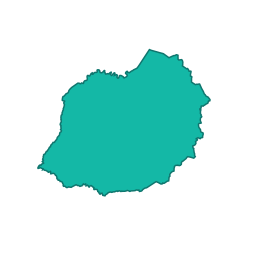 outline of Krong Pa, Gia Lai, Vietnam, rotated 219°
{"feature_id": "81297802B51008955299030", "entity_name": "Krong Pa", "entity_type": "district", "adm_level": 2, "iso_a3": "VNM", "parent_name": "Vietnam", "parent_adm1": "Gia Lai", "projection": "robinson", "projection_center": [108.704, 13.235], "detail": "fine", "context": "isolated", "style": "filled", "palette": "teal", "viewbox_px": 256, "rotation_deg": 219, "n_neighbors": 0, "source": "geoboundaries", "source_scale": "gbopen_adm2", "svg_char_len": 5753}
<svg xmlns="http://www.w3.org/2000/svg" viewBox="0 0 256 256"><g transform="rotate(219 128 128)"><path d="M57.7,148.1L58.9,148.5L60.0,149.9L61.1,150.5L63.9,153.1L64.0,153.5L65.1,153.5L66.4,154.8L66.3,155.1L65.8,155.7L65.6,156.5L65.3,157.2L65.5,158.6L65.7,159.0L67.0,160.0L66.6,161.9L66.6,162.5L67.5,162.9L67.8,162.8L68.2,162.5L68.3,162.6L67.5,164.5L65.2,165.1L65.1,166.3L64.1,167.5L64.2,167.9L64.9,168.6L65.5,170.2L66.3,171.2L66.7,171.4L68.4,170.9L69.2,170.9L70.6,172.3L71.4,172.6L73.1,173.0L73.9,173.5L75.5,175.1L75.7,175.6L75.6,176.3L74.4,177.6L74.3,178.0L76.3,179.2L76.9,179.7L78.0,181.6L78.0,182.0L77.7,182.7L78.0,183.4L79.2,183.7L79.6,184.4L80.6,184.7L81.2,185.1L81.7,186.1L82.2,186.5L82.8,188.0L83.0,188.0L83.2,187.5L83.6,187.4L84.2,188.2L83.8,189.6L84.8,190.8L84.9,191.1L84.0,192.0L83.4,192.2L83.2,193.3L82.8,194.1L82.6,195.2L81.6,197.5L82.4,199.6L82.2,199.9L81.6,200.4L81.5,200.7L82.2,201.7L85.2,202.4L87.6,201.9L88.8,202.4L90.2,202.5L92.5,203.8L95.8,205.1L99.9,207.2L100.3,207.1L101.2,205.9L102.2,205.2L102.6,204.5L103.0,204.1L107.5,203.6L109.9,206.6L110.5,207.9L111.2,208.0L112.0,207.6L112.3,207.8L113.2,209.0L114.4,211.4L114.8,211.7L115.0,211.7L116.2,210.6L117.6,211.3L119.1,211.7L119.4,211.1L119.7,210.9L124.8,210.5L125.2,211.5L125.9,212.3L126.5,213.3L127.5,214.2L128.3,214.7L129.3,214.9L131.2,212.9L132.1,212.9L132.3,212.9L134.0,214.8L134.9,216.0L136.2,215.6L136.6,215.2L136.8,214.8L136.9,214.1L137.9,213.2L138.6,212.0L140.4,208.4L147.2,208.0L158.8,203.0L160.7,202.4L158.9,184.5L158.7,182.1L158.7,179.9L160.3,176.6L160.5,175.4L161.1,174.5L161.8,171.7L162.3,171.7L163.1,170.9L163.9,171.5L164.4,171.5L164.7,170.4L164.7,169.6L164.1,168.8L162.5,168.9L161.6,168.2L161.4,167.2L161.6,166.4L162.3,165.2L162.4,164.7L163.1,164.3L163.8,164.8L164.6,164.8L166.5,164.4L167.3,163.8L167.5,163.3L166.8,161.1L167.2,160.4L167.8,160.3L168.3,160.4L168.8,160.9L169.2,162.0L169.7,162.3L170.3,162.4L170.6,162.1L171.7,160.2L172.0,160.8L172.4,162.1L172.7,162.4L173.2,162.4L173.5,162.0L173.7,159.9L173.6,158.7L173.8,158.4L175.9,158.7L176.0,159.1L175.6,160.1L176.0,160.7L176.2,160.8L176.6,160.2L177.1,158.0L177.6,157.5L178.2,157.3L179.1,155.9L179.7,155.9L180.5,156.5L181.3,156.6L182.0,157.8L182.3,157.9L182.6,157.8L182.7,157.5L182.7,156.1L183.0,154.7L183.5,154.1L184.5,153.6L185.3,153.9L185.7,154.5L186.8,154.9L187.5,154.7L188.4,153.9L188.4,153.4L187.3,152.4L187.3,151.6L187.8,151.0L188.5,150.6L189.0,149.8L189.1,149.3L189.0,148.0L189.4,147.4L189.7,147.3L190.2,148.3L190.5,148.4L190.9,147.2L190.8,145.9L190.5,144.9L190.5,144.5L190.9,144.0L192.2,143.7L192.5,143.2L192.3,142.4L191.3,141.3L190.5,140.6L190.2,140.1L190.1,139.3L190.3,138.7L191.0,138.0L191.4,137.2L191.3,135.8L190.7,134.6L191.2,134.2L192.3,133.9L192.5,133.6L192.5,132.9L193.0,132.2L194.1,132.1L195.2,131.3L197.3,124.0L197.5,122.3L197.6,121.1L197.4,119.6L196.7,118.0L197.2,116.4L197.7,115.7L197.6,115.3L197.8,112.2L198.3,111.5L197.8,110.1L196.6,108.2L195.6,108.3L194.4,109.0L194.1,109.0L193.8,107.2L193.0,106.5L192.2,106.3L191.1,104.2L190.4,102.1L189.7,101.4L189.5,100.2L188.9,98.9L188.8,98.3L187.7,97.1L187.9,96.0L187.5,95.1L186.4,93.5L185.7,93.0L185.5,92.4L185.0,92.4L184.8,91.9L183.6,90.6L183.5,89.2L182.7,87.8L181.7,87.8L180.9,86.6L180.6,86.5L180.1,85.8L179.5,85.4L179.4,84.3L178.0,84.0L177.6,83.0L178.0,81.8L177.8,81.0L176.8,79.3L177.0,76.4L176.9,75.9L176.3,74.7L176.3,71.5L176.1,70.6L177.2,69.6L177.0,68.7L177.0,67.0L177.2,66.5L176.9,65.4L176.4,64.6L176.9,63.9L176.9,63.3L176.5,62.0L176.4,59.7L176.2,59.2L176.7,58.3L176.2,56.0L176.2,55.4L176.7,54.6L176.7,54.0L176.1,53.3L176.0,52.5L175.3,51.9L174.7,50.0L173.5,49.8L173.6,49.1L173.2,48.8L173.5,48.1L173.5,47.9L171.6,47.7L171.4,47.5L172.3,45.8L172.2,44.2L172.9,44.1L173.3,43.4L173.0,42.8L173.0,42.6L173.4,42.3L173.2,42.0L173.2,40.9L173.0,40.5L172.6,40.0L172.4,40.0L171.6,41.1L171.2,42.0L168.7,42.5L168.4,42.9L168.0,42.8L167.9,42.1L167.6,42.6L166.1,42.7L164.8,43.5L163.6,43.5L162.9,43.9L162.1,43.4L161.4,44.3L161.1,45.3L160.9,45.5L160.4,45.2L159.3,43.8L158.6,44.4L157.8,45.6L156.5,46.2L155.1,45.9L154.7,45.6L153.8,45.9L151.8,44.6L151.5,44.0L151.0,43.8L150.3,44.0L149.7,43.5L149.3,43.5L148.4,44.2L147.7,44.1L147.1,43.7L146.7,44.1L145.5,44.5L144.9,44.4L144.4,44.2L144.0,43.8L142.9,43.5L142.5,43.2L142.2,42.5L141.7,42.2L141.3,42.2L141.1,42.3L140.5,43.1L138.8,43.0L138.0,43.2L137.4,44.0L137.1,44.9L136.0,45.4L134.8,46.2L134.3,47.6L132.6,51.3L131.0,51.5L130.5,52.0L129.8,52.3L128.6,52.4L128.0,53.5L127.4,54.0L127.5,54.8L127.5,56.4L126.4,56.3L125.7,57.8L124.2,56.6L124.0,57.1L123.7,57.4L123.5,58.1L122.5,58.1L121.7,57.6L121.1,57.6L120.9,57.8L121.0,58.3L121.0,59.0L120.7,59.8L120.2,60.2L119.3,60.0L118.8,60.2L118.3,60.0L117.0,60.2L116.7,60.1L116.5,59.4L115.8,58.8L115.4,59.0L114.8,59.8L113.3,60.7L112.4,60.4L111.5,59.6L110.5,59.9L110.0,59.4L108.6,58.9L108.0,59.0L108.1,60.1L107.6,60.4L107.1,61.0L106.3,60.3L105.7,60.3L105.2,59.8L103.2,60.8L103.2,61.1L103.4,62.0L102.7,64.1L102.7,65.1L101.9,66.6L101.6,67.0L100.1,67.8L99.2,69.2L98.3,69.9L97.5,71.3L96.9,72.2L96.1,72.2L95.3,73.7L95.0,73.9L93.9,74.0L93.4,74.3L93.1,75.1L92.5,75.3L90.6,76.9L89.9,77.9L89.6,78.2L89.4,78.9L87.8,79.7L87.0,79.7L86.6,80.0L86.0,81.1L84.4,82.5L83.0,83.9L82.6,85.0L81.0,86.0L80.5,86.6L80.1,86.2L79.7,86.2L79.2,85.9L78.1,87.1L77.7,88.1L77.8,89.3L77.4,90.9L77.1,91.8L75.9,93.3L72.4,104.0L70.4,104.6L67.2,105.2L66.3,106.0L66.2,106.4L66.4,107.0L65.4,107.5L65.0,108.1L64.0,111.4L63.1,112.5L64.2,114.3L65.0,115.3L65.2,116.4L65.1,117.0L66.0,117.8L66.3,118.2L66.5,119.9L66.3,121.3L66.0,122.4L65.2,123.3L65.6,124.1L66.8,125.6L67.1,126.5L67.7,127.3L67.5,128.7L67.2,129.2L66.0,130.1L65.9,130.5L64.6,130.9L63.8,132.0L63.7,133.3L63.9,133.7L64.7,134.6L64.9,136.2L64.5,136.6L63.6,140.9L63.8,141.8L63.6,143.3L61.4,144.5L57.9,146.0L57.7,148.1Z" fill="#14b8a6" stroke="#0f766e" stroke-width="1.5"/></g></svg>